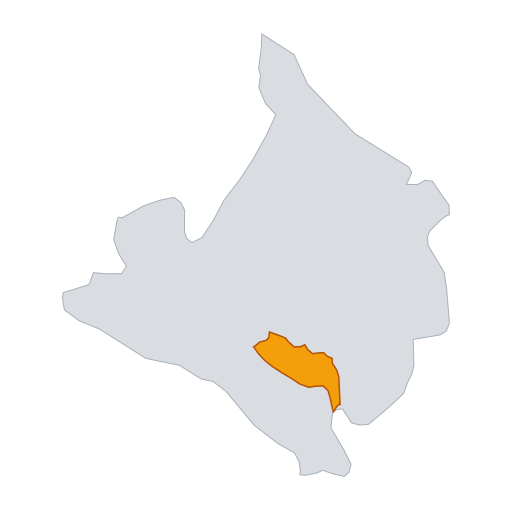 Žabljak highlighted on a map of Montenegro, rotated 179°
{"feature_id": "MNE-1520", "entity_name": "Žabljak", "entity_type": "Municipality", "adm_level": 1, "iso_a3": "MNE", "parent_name": "Montenegro", "parent_adm1": "", "projection": "equal_earth", "projection_center": [19.145, 43.143], "detail": "fine", "context": "in_parent", "style": "filled", "palette": "amber", "viewbox_px": 512, "rotation_deg": 179, "n_neighbors": 0, "source": "natural_earth", "source_scale": "10m", "svg_char_len": 1803}
<svg xmlns="http://www.w3.org/2000/svg" viewBox="0 0 512 512"><g transform="rotate(179 256 256)"><path d="M216.0,36.5L215.4,39.7L216.4,49.2L220.9,58.4L237.0,67.9L260.6,86.6L288.3,121.1L301.1,131.3L312.6,133.8L334.9,148.2L350.5,151.6L368.0,155.6L413.5,185.5L433.9,194.3L448.5,205.5L450.1,216.1L449.5,222.7L423.3,230.4L418.8,242.2L406.1,240.8L390.7,240.7L385.7,248.2L393.1,260.4L398.0,274.8L394.2,294.6L392.9,297.2L389.2,296.5L367.6,308.0L351.5,313.4L336.9,316.1L330.0,310.6L326.6,303.1L327.1,281.3L324.5,274.0L319.5,270.5L309.6,275.6L298.0,292.4L287.3,311.9L271.2,332.3L257.9,351.8L243.5,376.5L233.7,396.9L243.9,408.4L250.2,424.5L248.3,436.5L250.1,443.6L247.0,464.6L246.3,477.9L214.5,456.7L201.4,426.8L154.9,376.4L101.7,342.2L98.9,336.8L101.8,330.2L104.4,325.0L93.3,324.6L85.6,328.8L78.3,327.6L70.0,314.8L62.2,303.7L61.9,293.9L65.4,292.6L70.8,288.7L82.0,277.8L84.2,272.1L83.7,263.5L68.1,236.2L65.9,218.4L63.8,185.5L67.1,177.7L72.9,174.0L100.3,169.8L100.0,144.2L101.7,136.6L107.1,125.9L110.7,116.2L125.9,102.3L146.5,85.7L155.5,85.2L163.4,87.5L172.3,101.8L182.0,99.9L184.1,82.8L171.4,60.4L164.6,46.1L166.7,38.2L171.5,34.1L182.4,36.7L192.9,40.6L199.5,37.9L209.9,35.9L216.0,36.5Z" fill="#d9dde1" stroke="#a8b0b8" stroke-width="1"/><path d="M175.1,106.6L177.2,104.8L178.9,102.6L180.1,100.3L181.2,98.8L182.0,101.1L184.5,113.3L186.4,120.2L191.2,124.9L198.2,124.8L205.5,123.8L214.6,127.3L222.0,132.5L231.7,138.5L241.7,145.3L249.1,151.5L255.1,158.1L260.0,165.2L258.5,166.1L253.8,169.9L247.4,171.5L244.6,174.2L243.9,179.8L231.4,175.0L227.8,173.3L225.2,169.8L219.5,164.5L213.1,164.5L208.7,166.4L206.0,161.6L201.1,157.3L194.3,158.1L190.0,158.1L186.7,154.6L181.6,152.3L181.7,147.8L177.4,140.7L175.4,134.0L175.1,126.1L174.7,110.7L174.5,105.4L175.1,106.6Z" fill="#f59e0b" stroke="#b45309" stroke-width="1.5"/></g></svg>